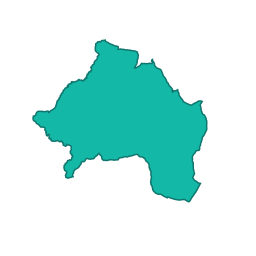 Pupiales, Nariño, Colombia (Albers equal-area conic projection), rotated 117°
{"feature_id": "7082276B22938058716201", "entity_name": "Pupiales", "entity_type": "district", "adm_level": 2, "iso_a3": "COL", "parent_name": "Colombia", "parent_adm1": "Nariño", "projection": "albers", "projection_center": [-77.621, 0.918], "detail": "fine", "context": "isolated", "style": "filled", "palette": "teal", "viewbox_px": 256, "rotation_deg": 117, "n_neighbors": 0, "source": "geoboundaries", "source_scale": "gbopen_adm2", "svg_char_len": 5880}
<svg xmlns="http://www.w3.org/2000/svg" viewBox="0 0 256 256"><g transform="rotate(117 128 128)"><path d="M172.4,61.4L171.6,61.3L171.2,60.7L171.2,59.3L170.3,53.9L169.0,49.7L166.5,46.1L166.2,45.3L166.0,44.5L166.3,42.0L166.2,40.4L165.5,39.9L164.4,39.7L161.4,39.6L153.8,38.5L144.5,38.3L144.9,39.6L145.0,40.7L144.5,42.6L144.5,44.5L144.1,45.8L143.0,47.5L142.4,47.9L141.6,48.0L139.2,47.9L138.5,48.0L137.1,49.4L135.7,50.2L135.2,51.0L129.2,54.2L128.7,55.2L128.2,55.7L126.4,56.4L125.1,57.3L124.0,57.7L122.5,57.6L121.8,57.7L119.7,56.9L118.5,57.1L117.6,57.0L116.4,55.8L115.6,54.5L115.0,54.5L113.8,54.7L112.7,55.6L110.3,55.6L108.9,56.3L107.5,56.3L106.7,56.6L106.0,56.6L104.0,57.0L102.7,57.5L102.0,57.5L101.3,57.2L99.6,57.0L93.7,57.1L89.3,59.5L88.1,59.9L85.6,61.4L84.7,62.7L84.0,62.7L81.8,65.8L81.7,67.7L81.4,68.4L80.5,69.1L79.4,70.5L76.1,72.8L75.0,74.0L74.6,74.2L73.8,74.2L70.7,73.9L70.7,74.7L71.3,76.4L72.1,77.5L74.1,78.6L76.3,80.4L78.2,81.4L79.0,82.2L79.2,83.0L79.5,86.7L79.4,90.3L77.8,93.0L77.4,94.2L76.0,96.8L75.2,97.7L73.9,98.5L72.8,100.1L71.4,101.1L73.0,102.2L73.8,103.3L74.0,104.1L74.3,104.3L75.7,104.4L75.4,105.1L74.7,105.6L73.6,105.8L73.3,106.1L72.5,107.6L71.4,110.9L69.9,112.4L69.5,114.2L68.5,115.0L67.5,116.2L66.2,118.4L65.5,120.2L65.1,120.7L64.1,121.6L61.3,124.9L61.1,126.1L61.4,129.3L61.1,130.5L60.7,131.9L60.1,132.7L58.4,133.9L56.9,136.4L56.3,137.0L55.8,137.3L56.0,137.5L56.7,137.6L57.4,137.5L57.7,137.4L58.0,136.4L58.3,136.1L59.3,135.9L59.8,136.0L60.6,138.4L61.6,139.3L63.4,143.2L64.2,144.5L64.2,145.2L67.3,145.8L68.7,146.9L70.1,147.6L70.7,148.5L71.2,148.6L71.5,149.4L69.8,149.5L67.1,149.3L64.9,149.8L63.0,150.7L61.8,150.7L61.3,150.8L58.5,151.9L58.0,152.3L57.1,153.4L56.2,154.1L56.1,154.4L56.2,156.6L57.4,159.9L57.9,162.1L58.5,162.9L58.8,164.5L59.7,165.6L59.8,167.4L60.8,169.3L61.0,170.6L61.7,171.4L62.3,172.5L62.0,172.5L60.1,173.6L60.1,175.3L60.9,176.9L60.8,179.3L61.2,182.1L61.0,184.9L61.0,187.2L60.0,188.3L60.7,188.9L61.6,190.6L62.3,191.3L63.1,191.3L63.9,191.8L64.0,192.6L64.6,193.3L64.8,194.0L66.4,194.3L67.7,195.0L68.5,194.4L71.0,193.7L73.3,192.6L74.1,191.8L74.4,191.0L74.9,189.4L75.0,187.8L75.3,187.5L75.8,187.2L77.0,187.3L78.2,187.8L79.5,187.0L80.6,186.9L82.1,187.3L82.8,187.8L83.7,187.7L84.8,188.0L86.1,187.2L87.9,188.2L88.4,188.3L89.3,188.0L90.0,188.5L90.6,188.7L91.1,188.5L91.7,187.6L92.6,186.9L93.2,186.7L94.1,187.3L94.9,186.8L95.1,187.0L95.5,188.0L96.3,188.3L96.7,188.3L98.2,187.9L98.5,188.6L98.9,188.3L99.5,188.6L100.6,188.2L101.2,188.3L101.9,187.5L102.3,187.4L102.5,187.6L102.6,188.3L102.9,188.7L103.6,188.7L104.4,188.2L104.7,188.4L104.9,189.1L106.3,189.2L106.5,189.4L106.3,190.9L107.3,192.6L107.0,193.6L107.8,194.0L108.1,194.4L108.7,194.4L109.9,195.1L110.2,195.6L111.5,196.8L112.1,198.8L112.6,199.3L113.2,199.2L113.5,198.5L113.8,198.4L114.2,199.1L114.8,199.4L115.3,200.2L115.8,200.6L116.6,200.4L117.0,201.0L117.5,201.1L117.8,200.9L118.1,200.0L118.5,199.9L118.8,200.3L118.7,200.9L119.3,200.7L119.6,201.0L120.2,201.1L120.5,201.7L121.2,202.1L122.9,202.1L123.8,202.8L125.4,202.1L125.8,202.2L126.3,202.7L127.2,202.5L128.1,203.0L129.1,202.6L130.3,203.0L131.3,202.5L132.8,203.0L133.6,202.4L135.5,203.2L136.2,203.3L139.3,202.6L142.4,202.1L143.1,202.2L145.9,203.4L147.1,204.4L148.4,205.0L150.2,205.5L150.3,205.8L149.3,206.6L149.6,207.7L150.6,208.5L151.0,209.4L152.1,211.0L152.0,211.7L152.2,212.4L153.0,213.6L153.6,215.2L154.1,215.7L154.9,216.2L155.5,216.4L156.7,216.4L158.7,216.2L159.3,216.5L160.5,217.7L160.9,217.2L161.9,217.3L163.8,216.2L164.3,214.9L164.3,213.5L164.7,212.6L165.4,211.8L165.5,211.3L165.5,209.7L165.6,208.7L166.0,208.1L166.7,206.4L166.6,205.4L165.7,204.5L165.5,202.3L165.9,201.8L167.6,201.1L168.2,199.3L168.5,199.1L169.1,199.3L169.4,199.1L169.8,198.5L171.1,197.7L171.6,197.2L171.7,196.4L171.3,196.3L170.0,196.2L169.7,195.8L169.8,195.3L170.1,194.9L171.3,194.5L172.0,193.9L172.6,194.0L173.1,193.7L173.3,192.9L172.7,191.7L173.1,191.3L173.9,191.1L174.2,190.3L174.0,189.4L173.2,187.5L172.4,186.3L171.1,185.0L171.3,182.6L170.9,182.0L170.0,181.5L169.7,181.2L169.8,180.9L170.7,180.0L170.8,178.9L171.0,178.4L171.3,178.3L171.6,178.6L172.7,177.8L172.4,177.2L172.6,176.8L172.6,175.3L172.0,175.0L170.2,175.0L170.6,173.9L169.9,172.9L170.0,170.6L170.5,170.0L172.3,169.3L173.4,168.6L174.9,168.8L175.5,168.6L176.8,167.6L177.0,167.0L176.8,166.3L177.7,165.9L177.9,165.0L178.4,164.3L178.6,164.2L179.5,164.7L181.8,164.0L182.5,164.4L182.9,165.6L184.0,166.2L184.5,167.0L186.8,166.8L187.5,167.4L188.1,167.7L188.6,167.7L189.4,167.3L190.4,167.9L191.3,167.3L192.4,167.1L194.3,165.4L194.6,164.8L194.5,164.1L194.8,163.0L195.3,162.4L195.8,162.3L197.2,162.4L197.7,162.2L198.6,162.2L199.2,161.5L199.9,161.3L200.1,161.0L200.2,160.5L199.9,159.8L200.0,159.1L199.7,158.5L196.3,154.8L195.7,155.6L194.8,156.2L193.8,156.3L193.0,156.1L191.5,156.7L190.6,156.5L189.8,156.6L187.5,155.4L186.4,154.5L184.9,154.0L182.8,153.9L181.5,153.5L180.0,154.0L179.5,154.0L178.6,153.2L178.2,152.4L177.6,151.7L177.0,151.5L174.6,151.4L173.6,150.5L173.4,148.7L173.0,147.9L172.8,147.0L172.0,146.5L171.0,144.7L170.4,144.4L168.6,144.3L167.0,143.4L166.5,143.0L164.9,142.9L163.8,142.3L164.6,141.1L164.9,139.2L165.7,138.3L166.8,137.6L167.7,136.6L167.7,135.7L167.9,135.3L167.9,134.9L167.2,133.9L166.7,132.2L164.3,129.4L163.2,126.8L163.0,125.7L162.3,125.0L161.0,122.6L160.5,122.3L159.3,122.4L158.5,122.0L156.6,119.3L154.9,117.8L154.5,116.1L154.1,115.5L152.9,114.4L150.7,111.6L148.7,109.8L147.5,108.3L147.3,107.8L147.3,107.3L148.0,105.7L148.2,104.3L148.1,103.8L147.3,102.3L147.4,101.0L147.6,100.2L147.5,99.3L149.2,97.1L149.5,95.4L150.2,93.7L150.5,93.3L151.7,92.2L154.0,90.9L154.5,89.8L155.4,89.4L156.1,87.9L156.7,87.7L157.4,87.1L158.4,86.8L159.9,85.9L160.8,85.0L162.1,84.4L163.7,84.1L164.7,83.6L165.8,83.3L166.8,82.7L167.4,82.0L168.0,81.8L169.1,79.9L171.7,78.0L172.7,76.5L172.8,75.6L173.2,74.8L173.5,73.4L173.3,71.0L173.0,70.3L172.1,68.9L172.5,65.3L172.4,61.4Z" fill="#14b8a6" stroke="#0f766e" stroke-width="1.5"/></g></svg>